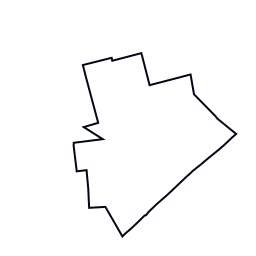 outline of Orleans, Vermont, United States of America, rotated 138°
{"feature_id": "52423323B93976880688423", "entity_name": "Orleans", "entity_type": "district", "adm_level": 2, "iso_a3": "USA", "parent_name": "United States of America", "parent_adm1": "Vermont", "projection": "orthographic", "projection_center": [-72.211, 44.776], "detail": "fine", "context": "isolated", "style": "outline", "palette": "ink", "viewbox_px": 256, "rotation_deg": 138, "n_neighbors": 0, "source": "geoboundaries", "source_scale": "gbopen_adm2", "svg_char_len": 641}
<svg xmlns="http://www.w3.org/2000/svg" viewBox="0 0 256 256"><g transform="rotate(138 128 128)"><path d="M204.7,51.2L200.6,51.4L193.1,51.2L183.9,51.4L175.4,51.8L173.9,51.8L173.0,51.1L168.7,51.9L156.8,52.2L143.4,52.0L123.3,52.5L117.7,52.7L112.8,52.6L108.5,52.8L104.1,52.5L99.6,52.2L87.3,51.8L76.2,51.2L68.7,51.0L56.7,51.3L51.6,51.2L55.3,75.0L55.1,78.4L56.4,108.9L45.7,125.9L83.3,145.4L69.3,172.1L68.0,174.7L94.7,188.5L93.2,191.1L119.4,205.0L125.4,193.6L146.7,151.8L160.3,158.3L154.2,136.6L178.2,153.3L180.2,151.3L195.1,130.1L187.0,124.4L198.3,109.3L210.3,94.7L197.6,84.5L204.7,51.2Z" fill="none" stroke="#020617" stroke-width="2"/></g></svg>